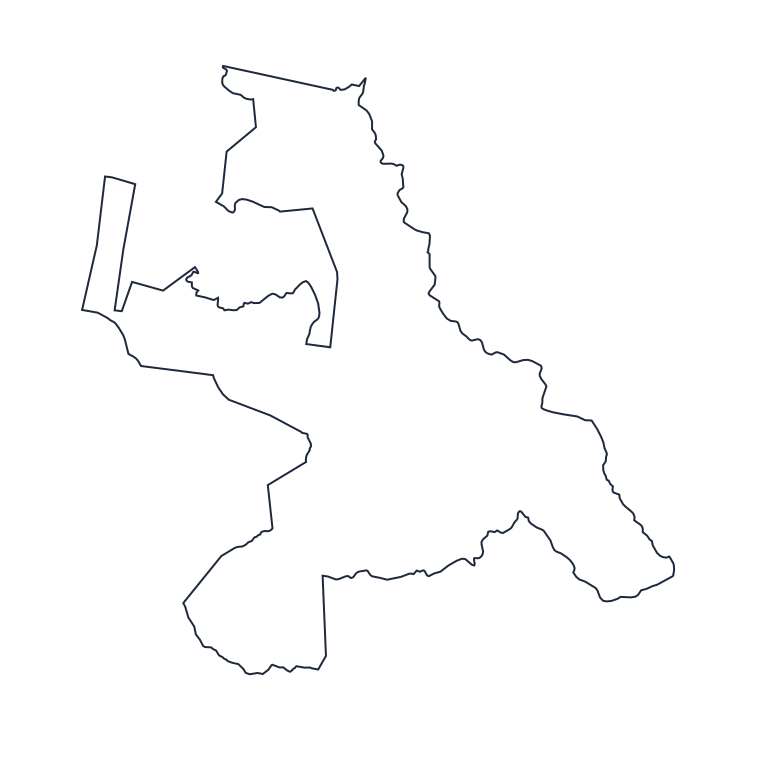 outline of Guarita, Lempira, Honduras, rotated 186°
{"feature_id": "27666195B2541592461056", "entity_name": "Guarita", "entity_type": "district", "adm_level": 2, "iso_a3": "HND", "parent_name": "Honduras", "parent_adm1": "Lempira", "projection": "mercator", "projection_center": [-88.84, 14.202], "detail": "fine", "context": "isolated", "style": "outline", "palette": "slate", "viewbox_px": 768, "rotation_deg": 186, "n_neighbors": 0, "source": "geoboundaries", "source_scale": "gbopen_adm2", "svg_char_len": 6123}
<svg xmlns="http://www.w3.org/2000/svg" viewBox="0 0 768 768"><g transform="rotate(186 384 384)"><path d="M173.7,369.4L180.2,369.0L188.3,371.9L202.4,372.6L212.8,373.5L220.5,374.9L223.9,376.1L224.7,376.8L225.1,377.9L224.6,381.8L224.9,386.8L222.2,398.6L223.3,400.4L228.2,405.5L229.9,408.3L230.3,410.4L228.8,416.0L229.2,417.5L230.1,418.7L239.0,422.3L243.3,423.1L248.2,422.3L255.1,419.4L257.7,419.3L260.7,420.7L267.7,425.8L274.5,427.5L276.2,427.1L280.0,424.5L282.7,424.8L285.3,425.7L287.0,427.0L288.4,429.0L290.8,435.4L292.5,437.5L294.0,438.2L295.8,438.3L300.7,436.5L302.1,436.4L303.7,437.2L307.3,440.1L311.3,442.4L313.5,444.8L316.1,451.3L317.2,453.0L319.1,453.7L324.2,453.7L328.5,455.8L332.4,459.9L336.4,465.2L337.3,467.2L337.4,470.9L338.0,472.1L347.3,476.7L348.7,477.8L349.1,478.7L348.6,480.5L344.0,488.1L343.9,495.0L344.3,496.8L350.2,503.5L350.9,505.2L352.2,517.9L354.5,519.7L353.9,521.3L354.1,522.6L353.4,528.2L353.8,536.3L355.2,538.6L361.3,539.0L367.4,540.1L369.8,541.0L380.2,546.4L381.4,547.4L381.5,550.5L379.0,556.7L378.8,558.5L379.1,560.5L381.0,563.3L385.9,566.9L390.2,573.2L390.4,575.3L388.8,578.5L385.9,580.7L385.3,581.6L386.9,590.5L388.4,594.5L387.3,601.1L387.5,602.3L388.3,603.4L390.5,603.9L391.8,603.6L394.2,602.3L396.7,603.5L399.4,604.0L407.9,602.9L409.6,603.4L410.6,604.4L410.6,605.7L408.6,608.7L408.4,610.4L408.8,612.1L410.7,615.9L417.9,622.5L418.5,624.0L417.4,626.9L417.9,629.1L418.6,631.5L419.8,633.2L422.5,636.0L423.3,643.9L425.6,648.5L427.0,651.1L430.1,654.3L438.3,658.8L438.8,662.9L438.6,664.8L438.3,666.3L435.8,670.4L435.3,672.1L435.1,678.9L434.6,680.6L434.1,686.7L439.9,677.7L447.4,678.5L449.6,676.1L453.9,672.9L457.6,672.0L458.7,672.5L460.0,673.8L461.4,674.0L462.3,673.3L462.7,671.1L464.2,670.3L465.0,670.5L465.6,671.2L577.2,683.5L577.5,682.5L577.0,681.6L573.6,680.2L572.9,679.0L573.6,675.0L574.5,673.9L575.9,673.3L576.7,670.6L576.4,666.5L575.5,664.8L574.1,663.3L568.5,659.4L564.6,657.4L556.7,656.6L553.2,654.1L550.3,653.2L546.4,653.0L543.9,653.6L538.2,626.0L564.8,598.7L564.9,556.6L570.2,547.6L561.6,543.8L557.0,539.9L552.8,538.6L551.5,539.3L550.7,540.9L550.5,542.3L551.1,546.6L550.6,548.6L547.7,551.8L544.4,553.1L539.8,553.0L533.5,551.6L521.5,547.5L514.3,548.1L506.7,545.5L505.4,544.6L473.4,551.1L442.4,490.5L441.2,483.3L441.3,414.9L465.5,415.6L465.3,420.2L463.5,425.9L462.9,432.9L461.6,436.1L460.0,438.6L457.1,441.2L456.1,442.7L455.6,444.5L455.6,447.9L457.9,457.2L461.9,465.5L466.7,473.1L470.0,476.9L472.3,478.2L475.4,476.7L478.0,474.2L482.3,468.7L484.0,464.9L485.5,464.4L490.6,464.3L492.5,460.6L493.9,459.4L496.4,459.2L501.7,461.9L504.6,462.1L508.3,459.6L516.3,451.6L521.8,450.9L524.7,451.5L527.7,449.7L531.2,450.1L531.8,449.4L532.0,446.5L535.6,445.1L538.1,442.2L541.6,441.6L546.6,441.7L550.4,440.6L551.9,442.4L556.1,443.0L557.4,444.0L557.8,445.7L557.8,451.2L558.1,452.4L561.4,450.1L562.7,449.8L570.7,451.4L580.0,452.4L580.1,455.2L578.5,457.6L584.2,459.5L585.3,461.1L585.7,464.9L589.8,465.3L591.1,466.1L591.7,467.2L591.0,469.0L586.9,472.0L585.3,475.7L584.1,475.7L581.0,474.7L580.4,475.0L580.8,476.2L584.2,480.5L613.5,453.8L645.2,459.2L652.4,429.0L659.6,429.1L657.3,490.6L652.3,556.7L676.2,561.1L683.1,561.2L684.1,491.8L692.0,426.1L676.2,425.0L666.2,420.9L662.2,418.5L660.1,417.8L657.7,416.5L653.7,412.2L648.5,405.4L646.4,401.3L641.3,387.2L636.3,385.2L632.8,383.1L631.0,381.3L627.5,376.5L554.9,374.9L553.8,372.0L548.7,363.6L543.1,356.9L536.6,352.1L493.9,340.9L461.1,327.6L460.3,326.8L455.5,326.4L454.6,325.6L454.4,323.0L450.5,317.0L450.1,314.3L451.2,312.0L450.9,310.6L453.3,305.5L453.7,303.9L453.8,300.9L453.4,298.3L489.0,271.3L479.8,228.8L480.1,228.2L481.6,226.6L483.4,225.6L487.8,225.2L489.9,224.3L490.6,223.7L491.4,221.4L493.5,220.4L494.7,218.8L496.7,218.0L499.2,214.0L502.4,212.4L504.9,209.5L508.2,207.5L511.8,206.9L515.0,205.6L527.8,195.9L560.7,145.2L558.3,141.5L554.2,131.4L547.4,123.0L544.9,115.3L540.4,110.5L536.5,104.6L534.6,103.7L528.5,104.0L526.0,102.4L523.2,101.4L519.6,96.8L516.3,95.6L514.1,94.0L512.0,93.4L510.5,92.1L505.9,90.9L499.6,90.2L494.1,85.9L491.4,82.3L487.2,81.3L479.5,83.4L474.3,82.9L469.1,87.7L466.5,92.6L465.6,93.1L458.3,91.2L454.6,91.7L450.4,89.0L447.5,88.0L446.4,88.6L444.4,91.2L442.8,92.4L442.1,93.8L441.4,94.2L433.4,93.6L428.2,94.3L426.0,93.7L419.6,93.2L413.3,107.5L425.0,186.9L419.7,186.7L411.3,184.6L408.6,185.2L402.9,188.3L400.4,189.2L399.1,189.1L397.3,187.8L396.3,187.7L394.3,188.7L392.2,192.5L390.4,194.2L388.4,195.1L382.0,196.8L380.8,196.4L377.7,192.7L375.7,191.5L367.9,190.8L360.4,189.7L346.9,194.0L339.0,198.0L337.4,198.3L334.7,198.0L332.4,201.3L331.7,201.9L328.8,201.0L325.8,202.7L325.0,202.8L323.9,202.0L321.2,198.2L320.0,197.6L318.9,197.8L314.6,200.7L308.2,203.3L301.1,210.1L293.4,215.7L288.6,218.2L286.5,218.5L284.4,218.1L277.8,213.5L275.4,212.9L274.9,214.2L276.2,218.9L276.1,220.1L275.4,220.4L272.2,220.5L270.9,221.0L269.2,222.7L268.1,225.1L267.9,227.6L270.3,235.1L270.5,237.2L269.3,239.8L265.4,244.0L264.9,247.9L262.9,248.7L258.4,248.3L256.1,250.2L252.4,248.5L250.2,248.2L243.8,252.8L242.1,254.6L239.8,260.0L237.4,263.3L237.1,264.7L237.3,269.2L236.7,270.7L235.5,271.8L234.0,271.2L229.4,266.6L226.7,266.2L225.6,262.7L223.4,260.7L217.4,257.4L211.2,255.5L209.7,254.6L202.1,245.8L199.1,239.5L197.2,236.7L195.0,235.3L190.4,234.1L184.8,231.2L181.4,228.9L178.5,226.2L176.4,223.5L175.2,220.8L175.2,219.4L176.0,216.3L172.7,212.4L169.5,210.1L163.0,208.4L152.0,203.1L150.1,200.9L146.9,194.4L144.6,192.2L142.8,191.2L139.4,191.1L135.0,192.1L129.3,194.8L126.5,197.0L116.1,197.6L111.6,198.8L109.3,200.8L106.7,205.7L101.7,207.6L95.8,211.1L91.6,212.8L76.9,222.9L76.4,223.8L76.0,229.2L76.9,234.5L77.8,236.3L81.9,241.9L82.5,242.2L84.0,241.2L85.5,240.8L89.1,241.1L91.6,242.1L94.8,244.5L99.8,251.5L101.2,255.9L103.6,257.2L106.5,260.7L111.1,263.6L111.6,267.5L112.7,269.6L114.5,271.0L120.9,274.6L120.9,278.1L122.6,281.3L124.9,283.2L131.4,287.5L133.8,289.6L137.6,294.9L138.5,298.6L144.1,300.0L145.2,300.9L145.7,302.6L145.7,306.2L148.5,308.2L150.4,311.3L152.5,312.1L153.8,315.6L155.8,318.5L156.9,321.4L157.6,326.0L155.4,330.4L155.5,334.7L155.0,337.2L155.3,338.6L158.0,343.3L159.8,349.0L162.7,354.4L167.3,361.5L173.7,369.4Z" fill="none" stroke="#1e293b" stroke-width="2"/></g></svg>